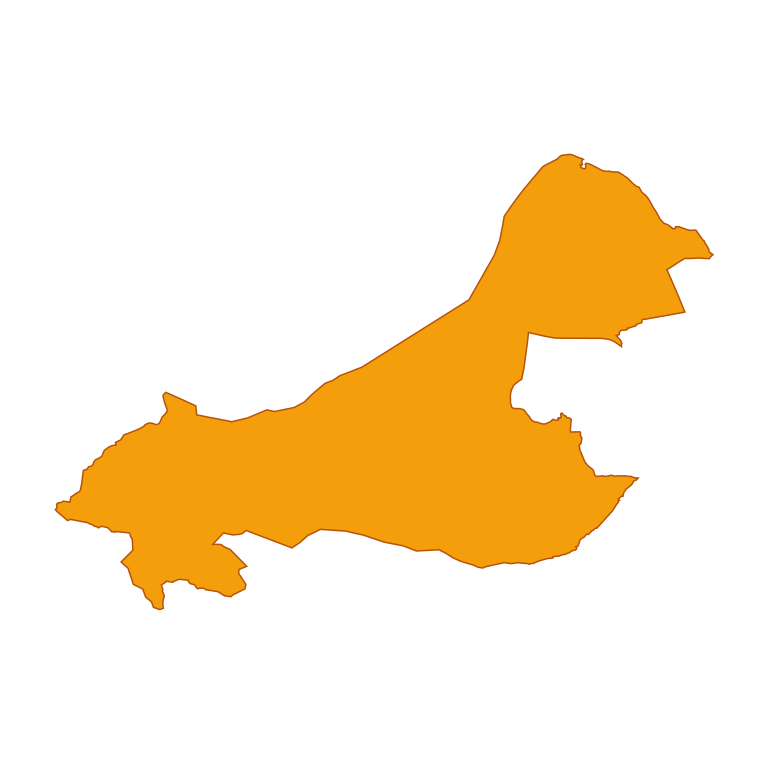 outline of Kpone Katamanso, Greater Accra, Ghana, rotated 276°
{"feature_id": "2480657B63581433334614", "entity_name": "Kpone Katamanso", "entity_type": "district", "adm_level": 2, "iso_a3": "GHA", "parent_name": "Ghana", "parent_adm1": "Greater Accra", "projection": "equal_earth", "projection_center": [-0.063, 5.768], "detail": "fine", "context": "isolated", "style": "filled", "palette": "amber", "viewbox_px": 768, "rotation_deg": 276, "n_neighbors": 0, "source": "geoboundaries", "source_scale": "gbopen_adm2", "svg_char_len": 6139}
<svg xmlns="http://www.w3.org/2000/svg" viewBox="0 0 768 768"><g transform="rotate(276 384 384)"><path d="M262.8,610.7L281.4,624.3L286.6,627.0L288.0,627.5L290.8,629.4L292.2,629.2L292.8,630.4L294.1,629.0L295.4,630.4L296.2,630.9L297.4,632.1L297.2,633.4L300.6,633.7L304.7,635.7L309.8,640.8L312.3,642.1L313.7,642.5L314.9,645.0L317.1,646.6L316.9,643.1L318.0,638.8L317.6,637.2L317.9,633.1L317.3,629.3L317.3,627.2L316.5,623.6L316.6,621.9L316.8,621.3L317.0,619.2L315.8,616.2L315.1,612.5L315.6,610.6L315.1,609.2L314.5,606.2L314.4,604.7L315.2,603.5L315.8,603.0L319.9,601.3L321.2,599.9L323.9,595.5L327.4,592.0L339.7,585.2L340.2,585.5L342.3,584.7L343.4,584.5L344.6,585.6L346.4,586.2L350.9,586.5L353.2,584.7L355.0,584.7L355.5,584.6L355.9,584.6L356.4,584.3L356.9,583.9L355.8,574.5L358.7,574.1L367.4,573.9L368.2,574.0L369.5,572.4L369.6,570.1L369.7,569.2L370.9,568.6L371.2,568.1L371.3,566.9L371.6,566.3L372.6,565.4L373.4,564.5L373.6,563.6L373.1,563.0L372.1,562.9L369.5,563.7L368.8,562.4L368.2,562.5L368.4,561.5L368.7,561.3L368.7,561.0L367.8,561.1L367.4,560.4L366.9,560.4L366.5,560.8L366.0,559.5L365.9,558.4L366.2,557.1L366.6,556.2L366.2,555.3L365.7,554.8L364.7,554.4L362.9,551.8L361.3,548.8L360.9,547.0L361.0,544.5L361.2,543.5L362.0,541.0L362.0,538.3L362.9,535.6L363.5,534.5L367.1,531.5L370.3,528.2L372.3,526.5L373.2,524.9L373.7,521.4L373.3,517.3L373.4,514.8L374.4,513.3L375.5,513.1L378.1,511.8L382.4,511.4L384.0,511.0L387.8,510.9L391.2,511.3L396.3,513.1L400.4,517.1L403.1,520.4L414.2,521.5L440.5,522.3L450.3,522.3L448.3,539.1L447.6,548.7L448.0,554.4L452.1,595.2L452.1,599.8L451.7,604.1L450.2,608.7L446.0,616.3L448.1,616.0L449.1,616.4L452.1,614.8L453.5,613.2L455.8,610.8L456.3,610.0L457.8,612.8L460.1,612.6L460.8,613.1L462.2,614.4L463.0,619.1L464.0,620.5L464.8,620.0L465.6,622.7L466.1,623.4L466.9,625.2L467.3,625.7L467.2,626.4L468.1,628.3L469.1,628.5L469.5,629.3L470.2,629.5L470.5,630.6L471.8,633.8L475.0,634.2L475.6,635.1L475.7,637.0L487.0,675.7L505.1,666.0L525.8,654.3L527.0,653.2L533.7,661.6L535.7,663.9L540.5,670.3L540.5,673.0L541.6,680.3L542.2,683.9L542.6,694.4L545.6,696.2L546.9,697.7L548.9,694.5L549.7,693.4L552.1,692.8L554.4,691.2L559.0,687.6L560.1,687.3L560.3,686.3L569.7,678.0L568.8,672.1L569.3,668.8L571.3,660.7L570.9,657.5L570.4,657.3L569.8,657.5L569.1,657.3L568.7,656.8L568.8,655.0L572.1,649.5L573.2,645.3L577.2,641.0L582.7,637.4L587.6,633.4L592.1,630.4L596.0,627.4L598.3,625.3L601.7,620.4L606.4,617.0L607.0,614.3L609.6,610.3L614.2,604.8L619.3,594.9L619.1,593.4L618.8,587.3L619.3,586.0L619.1,585.2L618.6,582.3L618.6,581.8L618.9,581.3L618.7,580.4L619.2,578.7L620.2,575.9L621.0,574.2L623.7,567.1L624.2,565.7L624.6,563.8L624.4,561.5L623.4,561.2L622.6,561.7L620.8,561.9L620.0,561.9L619.3,561.6L619.0,560.7L619.3,559.1L619.9,557.3L622.3,556.2L622.0,557.6L622.9,558.4L623.9,558.3L625.2,557.2L625.6,557.5L627.7,557.8L628.2,558.7L629.0,557.0L629.1,555.2L629.5,553.8L629.9,552.8L631.8,546.2L631.7,545.0L631.5,543.2L631.0,541.2L630.7,540.5L630.5,538.7L630.0,537.0L629.5,536.1L628.3,534.7L625.9,532.9L618.4,521.4L616.5,519.1L614.1,517.3L610.8,515.2L599.5,507.5L592.3,502.7L583.1,497.0L572.4,490.9L563.3,486.0L553.3,485.4L538.4,484.0L523.6,480.2L476.6,459.7L398.4,360.2L387.7,339.3L382.1,332.5L378.5,325.3L366.2,313.5L357.8,306.7L351.3,297.3L345.2,278.0L346.0,270.1L336.0,251.9L330.4,236.0L330.8,234.7L332.8,211.1L333.1,208.2L333.7,201.0L341.0,199.4L342.6,199.1L347.6,184.2L352.9,167.9L350.9,166.2L349.0,165.4L341.3,168.3L335.2,171.4L332.6,170.3L330.9,169.2L329.5,168.1L329.2,167.8L327.9,166.9L326.4,166.3L323.1,165.4L321.5,164.5L320.5,163.6L319.9,161.7L319.9,160.8L320.5,158.8L320.8,156.7L320.7,155.0L320.2,153.2L318.4,150.6L316.7,149.4L315.9,148.4L315.6,147.7L315.2,147.4L314.8,146.7L314.5,146.3L313.0,143.9L308.0,134.4L306.2,130.6L301.0,128.1L297.8,123.0L295.4,124.0L294.3,120.1L293.2,117.9L292.3,116.7L289.4,113.4L288.1,112.5L282.7,110.9L282.2,110.6L280.1,107.7L278.4,104.9L276.1,103.5L275.3,103.3L273.7,103.2L272.2,102.0L271.7,101.4L270.9,99.1L270.5,98.7L270.0,98.4L269.1,98.1L268.4,97.6L268.0,96.9L267.1,95.1L266.6,94.0L252.2,93.7L246.2,93.0L245.3,92.3L244.6,91.6L243.0,89.2L239.7,85.5L238.9,84.4L233.7,84.0L234.0,77.3L233.2,76.2L232.6,75.5L232.0,74.0L231.7,72.2L231.3,71.7L230.1,71.1L229.4,71.1L228.9,71.1L227.7,71.6L227.0,71.8L225.5,70.9L224.8,70.3L223.3,71.7L215.1,83.6L216.6,86.4L215.1,103.8L213.9,106.6L213.6,108.6L213.4,109.3L212.5,110.4L212.2,110.9L212.2,113.1L211.2,114.5L211.3,115.6L211.8,116.2L212.1,116.4L212.8,117.6L212.9,118.9L212.3,123.9L211.9,124.6L209.6,127.7L208.8,128.2L208.5,128.7L208.7,130.2L208.6,132.3L209.3,132.7L209.3,145.3L209.2,145.9L208.7,146.8L208.3,147.2L206.0,147.8L204.9,148.6L203.6,149.8L192.5,151.6L179.5,141.1L174.0,148.7L158.6,155.6L154.8,165.5L147.1,169.3L143.2,175.4L137.8,178.1L136.2,184.5L137.8,187.9L139.1,187.7L142.0,187.0L144.6,187.0L145.5,186.7L148.6,187.5L150.1,187.6L151.0,187.4L152.5,186.4L153.0,186.3L154.8,185.2L156.3,185.6L160.8,183.6L164.1,187.5L165.0,187.7L164.8,194.9L166.1,195.8L166.6,197.3L168.4,200.7L168.4,209.8L167.1,210.2L165.3,211.9L164.7,215.3L164.1,217.0L163.6,217.4L162.5,218.1L162.1,218.7L161.0,219.6L161.0,220.5L161.8,222.1L161.9,223.6L161.9,225.6L161.8,226.9L160.7,228.4L160.6,231.8L160.1,240.6L156.7,247.6L156.4,253.9L158.5,255.8L165.8,267.2L170.3,267.6L180.5,259.2L184.5,259.3L188.3,266.5L203.3,248.4L205.4,242.0L207.4,238.7L206.7,230.5L219.1,239.9L218.1,249.1L219.2,255.4L220.4,258.7L223.9,262.1L211.4,309.6L217.8,317.2L225.2,323.9L232.8,336.0L233.7,361.5L232.1,374.1L231.6,379.2L226.7,400.9L225.1,419.7L221.3,433.7L224.9,456.1L224.2,457.8L221.9,463.7L219.7,468.1L218.5,470.3L216.0,477.8L214.3,485.7L213.4,491.6L212.0,495.4L211.6,496.9L211.3,501.5L212.4,503.1L214.4,508.5L219.0,522.6L218.7,525.0L218.7,529.7L220.1,534.7L220.2,535.6L220.4,545.8L219.9,547.3L221.0,549.4L221.1,551.1L224.2,556.5L227.6,565.1L228.2,568.6L228.6,570.2L229.2,570.5L229.9,570.2L230.2,570.9L231.3,576.4L232.1,577.6L233.8,582.4L235.9,586.5L236.9,587.2L237.7,588.5L239.0,591.7L239.8,592.6L240.8,592.8L242.3,591.7L242.8,593.6L243.5,594.0L249.7,595.4L251.7,597.6L252.6,599.0L255.9,601.3L255.7,603.0L259.7,606.1L260.2,607.2L262.8,609.3L262.8,610.7Z" fill="#f59e0b" stroke="#b45309" stroke-width="1.5"/></g></svg>